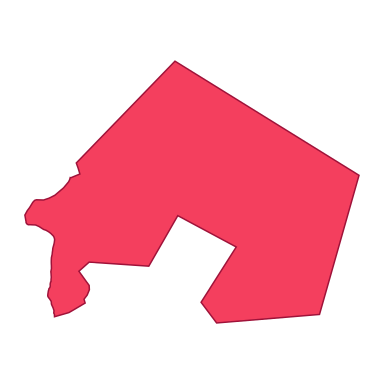 Sadat City, Al Buhayrah, Egypt, rotated 181°
{"feature_id": "37247803B47904528840221", "entity_name": "Sadat City", "entity_type": "district", "adm_level": 2, "iso_a3": "EGY", "parent_name": "Egypt", "parent_adm1": "Al Buhayrah", "projection": "mercator", "projection_center": [30.833, 30.358], "detail": "fine", "context": "isolated", "style": "filled", "palette": "rose", "viewbox_px": 384, "rotation_deg": 181, "n_neighbors": 0, "source": "geoboundaries", "source_scale": "gbopen_adm2", "svg_char_len": 1925}
<svg xmlns="http://www.w3.org/2000/svg" viewBox="0 0 384 384"><g transform="rotate(181 192 192)"><path d="M165.1,61.5L62.4,71.8L25.3,211.6L211.3,322.5L308.2,219.0L306.3,214.0L304.4,208.0L311.2,205.1L313.2,204.2L314.0,204.3L314.0,204.2L314.1,203.7L314.3,203.2L314.4,202.8L314.5,202.3L314.7,201.9L314.9,201.4L315.1,201.0L315.3,200.6L315.5,200.1L320.5,193.9L322.5,192.1L322.9,191.8L329.0,186.4L334.1,183.7L334.9,183.3L340.3,181.4L347.5,181.5L348.8,181.0L349.2,180.9L351.0,178.9L354.1,173.6L356.3,170.6L358.7,166.0L357.6,160.3L357.4,159.6L357.4,159.4L357.4,159.2L357.4,158.9L357.4,158.7L357.3,158.4L357.2,158.3L357.2,158.2L357.0,157.9L356.9,157.8L356.9,157.7L356.7,157.5L356.7,157.4L356.5,157.2L356.4,157.1L356.2,157.0L356.0,156.9L355.9,156.8L355.8,156.7L355.7,156.7L355.4,156.6L355.2,156.5L354.9,156.5L354.7,156.4L354.4,156.4L354.2,156.5L347.8,156.3L344.3,154.8L339.8,152.0L337.3,151.2L336.6,150.8L335.3,150.1L334.7,149.7L334.0,149.3L332.1,147.8L331.0,146.7L330.1,145.9L329.1,144.3L328.9,143.5L328.7,143.0L328.6,142.4L328.5,141.7L328.6,141.2L328.8,139.2L329.1,137.5L330.0,134.0L330.2,133.1L330.4,130.4L330.6,129.5L330.6,128.9L330.7,127.8L330.7,127.4L331.4,124.1L331.5,121.8L331.5,119.7L331.5,119.4L331.4,117.2L331.3,116.1L331.2,112.9L331.3,112.3L331.7,110.0L331.7,109.4L331.6,109.1L331.4,106.6L331.3,105.3L331.2,104.5L331.4,102.0L331.4,100.4L331.4,99.9L331.8,99.6L332.1,98.1L332.2,97.4L332.1,95.5L332.3,94.5L332.6,93.7L333.3,93.0L333.5,91.9L333.6,91.6L333.9,90.6L334.1,89.0L334.2,88.4L334.4,86.4L334.4,85.5L333.8,84.2L332.5,82.6L331.0,80.4L330.8,79.7L330.7,78.6L330.6,77.5L330.1,76.3L328.9,73.8L327.9,70.9L328.1,68.6L327.4,67.1L327.4,66.6L327.3,64.9L326.3,65.2L312.9,69.3L305.7,73.7L296.9,79.1L298.1,82.9L295.0,87.1L292.9,92.5L293.2,96.8L295.0,99.2L295.5,99.8L303.7,110.8L293.6,120.1L233.9,117.1L205.8,168.1L146.8,137.8L172.3,96.1L172.5,95.7L181.0,81.9L165.1,61.5Z" fill="#f43f5e" stroke="#9f1239" stroke-width="1.5"/></g></svg>